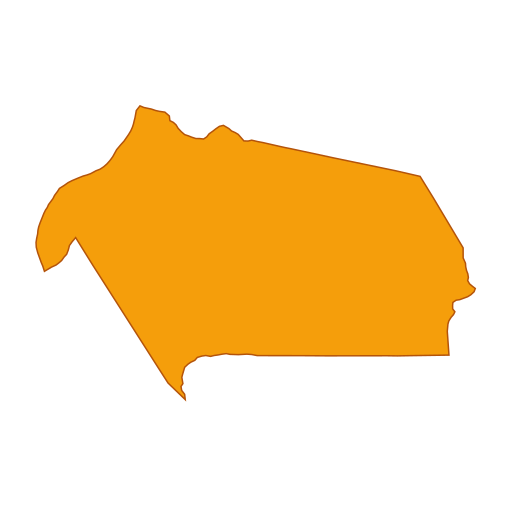 the district of Santa Izabel do Pará, Pará, Brazil, rotated 92°
{"feature_id": "56859067B15714421948478", "entity_name": "Santa Izabel do Pará", "entity_type": "district", "adm_level": 2, "iso_a3": "BRA", "parent_name": "Brazil", "parent_adm1": "Pará", "projection": "natural_earth1", "projection_center": [-48.143, -1.368], "detail": "fine", "context": "isolated", "style": "filled", "palette": "amber", "viewbox_px": 512, "rotation_deg": 92, "n_neighbors": 0, "source": "geoboundaries", "source_scale": "gbopen_adm2", "svg_char_len": 1965}
<svg xmlns="http://www.w3.org/2000/svg" viewBox="0 0 512 512"><g transform="rotate(92 256 256)"><path d="M110.0,377.2L114.8,380.7L122.3,381.8L125.4,382.5L128.5,383.1L131.6,384.0L135.3,385.5L139.1,387.6L145.8,391.9L149.6,395.1L154.6,399.0L161.7,402.6L165.7,405.3L169.2,408.2L172.2,411.4L174.7,414.9L176.4,418.9L179.5,424.2L181.0,428.0L182.1,431.5L184.4,436.7L187.1,442.5L189.2,446.3L192.1,450.1L195.3,454.8L198.5,456.7L202.4,459.4L205.7,460.9L211.8,465.1L214.8,466.3L217.5,468.0L220.6,469.4L230.3,472.9L234.5,474.2L237.9,474.8L241.6,475.0L245.9,475.8L250.1,476.3L254.9,475.9L260.5,474.2L270.0,470.4L273.4,468.8L278.7,466.9L274.3,460.1L272.0,455.5L269.7,452.7L267.3,450.1L263.8,447.8L260.9,445.3L256.5,443.8L252.0,442.8L248.1,440.2L243.9,436.9L271.0,418.7L350.9,363.7L372.4,348.9L386.1,339.4L402.0,321.7L396.7,322.5L392.9,325.6L389.0,326.4L386.1,324.6L379.8,325.9L376.7,325.2L369.7,323.4L366.4,320.1L364.4,317.4L362.4,313.5L359.4,311.1L357.9,306.6L357.2,302.7L357.9,297.9L356.9,294.4L356.2,290.4L355.3,286.5L354.6,282.3L355.2,278.6L355.2,270.2L354.4,261.7L354.6,256.8L355.5,251.3L354.0,206.6L353.3,181.7L351.1,121.3L350.9,111.3L350.2,98.2L348.3,59.7L324.6,62.2L317.3,61.8L314.1,61.0L310.5,58.9L307.7,56.6L304.8,55.3L302.0,57.6L298.5,57.8L295.5,57.6L293.2,54.5L292.5,50.8L289.3,43.0L287.2,39.9L284.1,36.8L280.8,35.7L278.9,38.4L276.4,41.6L273.2,43.6L270.1,43.0L266.4,43.7L263.1,45.1L259.6,46.0L255.9,46.4L250.7,48.9L240.6,49.3L192.5,80.3L170.7,94.8L165.9,119.6L155.2,182.1L147.6,224.7L146.7,230.3L145.6,236.3L142.4,253.0L141.6,258.2L140.4,264.4L141.4,267.9L141.4,272.1L135.1,278.0L133.4,281.1L131.9,284.8L129.6,287.5L126.6,293.1L127.7,297.1L130.3,300.6L132.6,303.3L135.5,307.1L138.7,309.4L140.9,312.5L140.6,316.4L140.7,320.2L139.5,324.4L138.3,327.7L137.2,331.5L134.4,335.0L131.1,338.3L127.7,340.5L125.4,343.2L123.7,346.8L119.1,347.5L115.4,352.1L114.8,357.6L114.1,361.4L112.8,365.7L111.5,373.2L110.0,377.2Z" fill="#f59e0b" stroke="#b45309" stroke-width="1.5"/></g></svg>